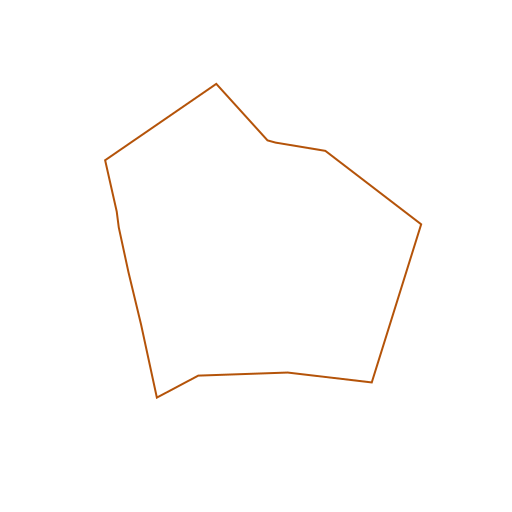 Jargalant, Hovd, Mongolia, rotated 59°
{"feature_id": "93677404B42040735626844", "entity_name": "Jargalant", "entity_type": "district", "adm_level": 2, "iso_a3": "MNG", "parent_name": "Mongolia", "parent_adm1": "Hovd", "projection": "albers", "projection_center": [91.642, 48.006], "detail": "fine", "context": "isolated", "style": "outline", "palette": "amber", "viewbox_px": 512, "rotation_deg": 59, "n_neighbors": 0, "source": "geoboundaries", "source_scale": "gbopen_adm2", "svg_char_len": 354}
<svg xmlns="http://www.w3.org/2000/svg" viewBox="0 0 512 512"><g transform="rotate(59 256 256)"><path d="M347.7,136.1L313.9,98.1L201.6,142.4L168.9,180.8L162.8,186.6L88.0,201.4L96.2,336.0L146.2,352.5L160.8,358.9L204.3,373.7L255.5,389.8L326.3,413.9L328.8,367.1L372.2,288.9L424.0,221.9L347.7,136.1Z" fill="none" stroke="#b45309" stroke-width="2"/></g></svg>